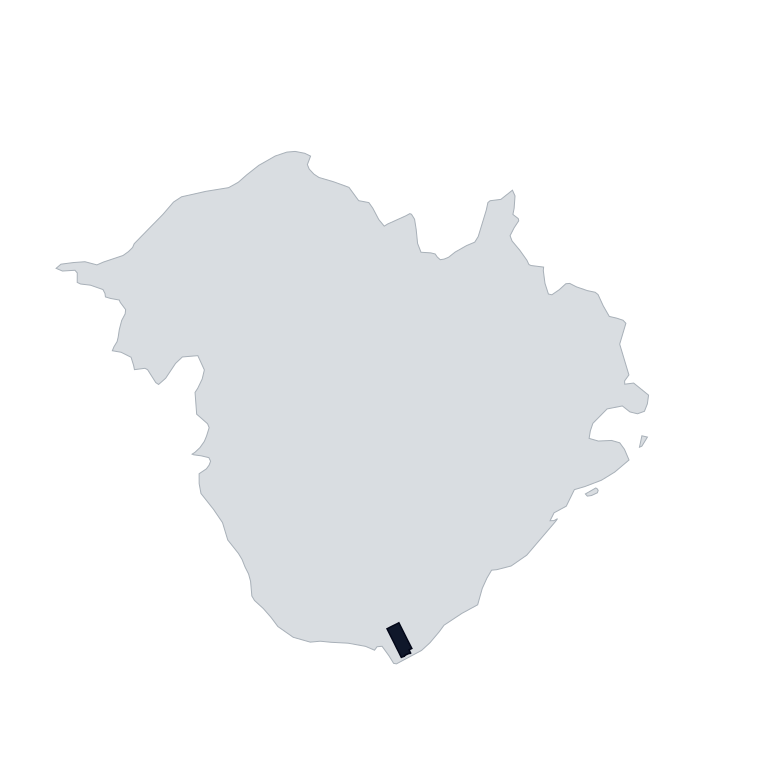 Sampov Lun, Batdâmbâng, Cambodia (highlighted), rotated 244°
{"feature_id": "14789045B67419263387290", "entity_name": "Sampov Lun", "entity_type": "district", "adm_level": 2, "iso_a3": "KHM", "parent_name": "Cambodia", "parent_adm1": "Batdâmbâng", "projection": "natural_earth1", "projection_center": [102.379, 13.419], "detail": "medium", "context": "in_parent", "style": "filled", "palette": "ink", "viewbox_px": 768, "rotation_deg": 244, "n_neighbors": 0, "source": "geoboundaries", "source_scale": "gbopen_adm2", "svg_char_len": 3679}
<svg xmlns="http://www.w3.org/2000/svg" viewBox="0 0 768 768"><g transform="rotate(244 384 384)"><path d="M631.7,140.0L633.3,146.2L629.3,158.1L625.0,168.8L616.9,178.2L616.6,185.2L613.9,205.8L615.0,212.3L616.9,217.9L619.6,221.0L626.8,241.1L633.3,259.5L639.8,274.6L641.0,284.1L635.3,308.2L628.6,330.4L629.2,341.5L632.2,352.5L635.4,367.3L636.6,386.2L635.0,398.4L632.0,406.1L626.1,413.9L621.0,417.9L614.8,411.3L609.9,411.0L603.4,413.0L598.2,416.0L587.7,427.5L576.1,438.7L559.9,441.6L553.7,449.9L546.9,451.0L534.1,451.4L525.8,453.4L526.2,457.6L525.6,477.3L525.8,481.9L524.5,483.1L518.7,483.7L508.9,480.7L495.6,475.8L486.2,475.0L481.3,483.6L478.4,487.0L474.9,487.5L471.1,489.0L469.9,492.8L469.6,497.6L471.4,505.8L472.2,518.8L471.7,527.7L475.2,533.3L495.5,552.2L501.5,556.9L502.2,559.7L498.7,570.0L501.9,584.4L495.6,584.2L484.9,578.0L479.9,574.2L473.7,577.2L471.6,576.6L467.4,569.5L462.0,562.3L456.4,561.8L444.6,564.7L432.5,566.7L427.9,566.6L426.1,568.0L419.1,578.7L416.1,576.9L403.9,572.8L392.8,571.2L390.6,574.0L391.9,582.8L394.4,591.4L393.0,595.0L386.9,599.6L378.8,607.7L373.9,614.0L370.5,615.6L358.2,615.3L346.0,616.1L341.1,622.1L336.5,626.8L332.5,628.0L316.5,613.3L284.8,608.1L281.3,601.6L278.3,600.3L275.4,608.8L258.0,616.9L250.7,612.0L245.3,606.1L246.1,598.8L251.1,592.8L259.8,588.6L263.8,573.6L257.1,554.5L251.4,548.9L245.2,544.5L238.8,551.6L233.5,563.8L227.8,570.1L219.9,571.5L208.3,570.9L203.7,552.8L202.2,537.2L203.8,519.4L205.6,508.8L194.3,494.3L193.7,480.4L188.3,473.3L186.7,476.9L186.9,480.9L185.3,478.0L167.6,437.3L164.7,418.5L167.7,403.9L169.5,399.1L164.4,391.4L157.2,382.7L144.5,371.4L143.7,353.4L140.9,332.2L137.1,325.0L131.3,311.9L128.1,301.1L127.0,272.5L128.7,270.2L137.6,269.3L149.1,267.3L150.9,262.6L148.9,258.8L156.3,252.4L166.8,238.1L175.0,223.3L180.8,213.9L184.3,204.6L196.1,191.4L212.5,182.3L223.6,180.2L235.1,177.1L246.2,172.7L251.4,172.3L265.2,177.6L272.6,179.0L280.4,178.9L288.5,179.5L295.5,178.9L312.3,175.2L330.2,178.1L346.1,175.8L365.8,171.5L375.5,174.2L384.4,178.5L385.6,187.2L387.7,191.2L390.6,194.3L394.6,194.3L399.6,188.2L403.8,181.9L405.1,180.8L405.4,183.9L407.5,190.7L411.2,197.4L415.1,201.8L421.4,207.7L425.6,208.0L439.0,202.4L459.3,210.5L461.7,214.6L468.2,222.8L475.4,228.7L491.1,229.1L496.7,214.6L493.9,205.7L484.9,190.3L482.4,181.2L485.3,179.5L500.5,177.8L502.9,176.0L506.3,166.0L510.4,167.1L518.9,168.4L527.8,161.6L533.0,154.4L535.9,157.7L539.1,162.7L542.6,165.6L549.0,170.0L556.1,176.1L560.5,182.1L564.1,184.4L573.1,182.7L575.5,182.9L580.8,175.7L584.4,171.8L587.6,172.9L592.1,172.8L601.5,163.5L606.9,155.1L609.8,152.8L618.3,157.0L621.7,156.1L626.5,144.5L631.7,140.0ZM197.7,528.8L196.0,529.8L194.4,529.8L192.7,528.1L192.8,521.6L194.1,517.6L196.9,516.8L197.7,528.8ZM224.4,593.1L220.8,597.5L215.1,588.5L215.2,585.9L224.4,593.1Z" fill="#d9dde1" stroke="#a8b0b8" stroke-width="1"/><path d="M162.7,279.4L153.8,279.5L146.2,279.6L144.2,279.6L141.0,279.6L136.8,279.7L133.9,279.7L130.7,279.7L130.6,279.9L130.7,280.0L130.8,280.2L130.7,280.3L130.7,280.5L130.6,280.8L130.6,281.0L130.6,281.3L130.5,281.5L130.6,281.8L130.5,282.0L130.5,282.3L130.6,282.5L130.7,282.8L130.5,283.0L130.8,283.1L130.9,283.3L131.0,283.5L130.9,283.7L130.9,283.8L130.8,284.0L130.8,284.3L130.9,284.5L130.9,284.8L131.0,284.9L131.1,285.0L131.0,285.3L131.2,285.5L131.0,285.8L131.1,286.0L130.9,286.3L131.0,286.5L131.0,286.8L130.9,287.0L131.0,287.2L130.9,287.3L130.9,287.5L131.0,287.6L131.0,287.8L131.0,288.0L131.0,288.3L130.9,288.3L130.9,288.5L130.7,288.6L130.7,288.8L130.6,289.0L130.6,289.3L130.6,289.5L130.4,289.7L130.5,289.8L130.5,290.0L134.1,290.0L134.1,293.1L144.2,292.9L162.9,292.7L162.8,290.6L162.8,285.1L162.7,279.4Z" fill="#0f172a" stroke="#020617" stroke-width="1.5"/></g></svg>